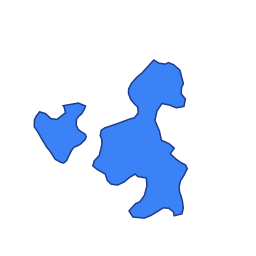 Dalseong-gun, North Gyeongsang, South Korea (Robinson projection), rotated 297°
{"feature_id": "91817680B33489673734556", "entity_name": "Dalseong-gun", "entity_type": "district", "adm_level": 2, "iso_a3": "KOR", "parent_name": "South Korea", "parent_adm1": "North Gyeongsang", "projection": "robinson", "projection_center": [128.491, 35.771], "detail": "fine", "context": "isolated", "style": "filled", "palette": "blue", "viewbox_px": 256, "rotation_deg": 297, "n_neighbors": 0, "source": "geoboundaries", "source_scale": "gbopen_adm2", "svg_char_len": 1534}
<svg xmlns="http://www.w3.org/2000/svg" viewBox="0 0 256 256"><g transform="rotate(297 128 128)"><path d="M200.3,120.1L183.1,115.4L177.3,112.8L169.4,110.8L165.3,110.8L163.1,110.8L158.9,112.8L158.4,113.4L154.7,117.4L152.7,122.0L151.1,127.1L146.4,130.2L140.1,129.2L136.9,125.6L126.4,115.9L117.5,107.2L113.8,105.2L109.6,106.4L108.6,106.7L106.0,109.8L101.3,112.3L90.3,114.9L83.4,112.8L78.2,113.9L77.1,119.5L76.6,128.7L71.9,133.3L70.3,138.4L72.4,144.5L78.2,149.1L84.5,151.7L90.2,155.3L89.2,158.8L91.8,167.0L85.0,171.1L75.6,173.2L67.7,172.1L64.0,169.1L54.6,166.5L50.9,172.7L55.1,183.4L60.3,188.0L67.7,192.6L72.9,195.7L75.0,200.8L74.0,206.4L70.8,209.0L75.7,214.7L76.1,215.1L77.1,214.8L81.8,213.6L87.1,210.0L91.3,206.4L93.9,203.4L98.6,200.3L104.9,198.7L110.7,199.3L118.6,199.3L121.2,196.2L121.2,190.6L122.2,184.4L124.3,177.3L131.0,178.4L131.2,177.8L132.7,171.6L132.2,163.4L139.6,157.3L146.9,148.6L156.3,146.1L165.2,147.1L167.3,154.7L167.9,161.9L172.6,168.0L179.9,166.0L182.6,159.9L188.3,157.3L192.5,157.3L203.0,148.1L205.1,139.9L204.6,134.3L201.9,132.3L199.8,126.1L200.3,120.1ZM78.7,56.7L73.8,64.7L72.3,68.4L67.1,77.4L66.9,83.7L67.6,86.6L71.2,88.1L75.5,87.9L82.8,87.9L86.2,88.5L89.3,91.2L92.7,93.3L98.1,95.0L100.8,94.8L101.3,94.8L103.0,92.7L103.4,88.3L104.1,84.3L107.3,80.4L112.4,78.1L116.7,78.9L119.3,80.2L124.9,80.6L128.3,80.2L127.7,72.6L127.7,72.4L118.4,60.1L117.5,61.8L113.3,65.4L103.4,60.8L101.3,55.1L103.4,48.0L102.3,41.9L97.1,40.9L92.9,40.9L86.6,43.9L83.5,49.5L78.7,56.7Z" fill="#3b82f6" stroke="#1e3a8a" stroke-width="1.5"/></g></svg>